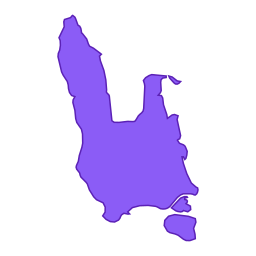 outline of Sanma
{"feature_id": "VUT-561", "entity_name": "Sanma", "entity_type": "Province", "adm_level": 1, "iso_a3": "VUT", "parent_name": "Vanuatu", "parent_adm1": "", "projection": "mercator", "projection_center": [166.941, -15.188], "detail": "fine", "context": "isolated", "style": "filled", "palette": "violet", "viewbox_px": 256, "rotation_deg": 0, "n_neighbors": 0, "source": "natural_earth", "source_scale": "10m", "svg_char_len": 2481}
<svg xmlns="http://www.w3.org/2000/svg" viewBox="0 0 256 256"><path d="M177.4,197.4L170.0,206.3L168.4,207.6L166.8,208.4L165.0,208.9L162.8,209.0L160.5,208.7L157.2,206.9L155.5,206.3L148.1,205.4L139.8,205.7L132.4,207.6L127.7,211.9L129.6,213.9L128.0,214.1L123.9,213.3L121.5,214.9L120.6,216.5L119.9,218.3L118.5,220.1L114.6,222.0L110.3,221.6L106.1,219.4L102.7,215.9L105.1,212.1L105.2,207.1L103.1,202.8L96.5,199.7L93.7,196.8L89.4,189.9L87.3,183.9L86.1,182.3L81.0,177.2L80.2,175.4L79.6,172.9L76.7,169.2L76.1,167.2L76.5,165.4L78.3,161.4L79.3,155.5L81.9,147.3L82.7,143.2L82.5,133.9L81.4,129.2L76.8,122.5L75.7,118.6L74.9,110.3L72.9,102.6L73.1,99.9L74.9,96.6L71.6,95.5L69.5,92.5L68.5,88.7L68.2,84.9L67.3,81.5L63.2,75.2L61.6,71.9L58.0,56.7L58.3,53.4L59.7,50.1L60.4,45.3L60.2,40.6L59.0,37.7L64.2,26.8L63.8,21.8L64.5,19.5L70.6,17.6L71.8,16.0L72.7,15.4L74.9,17.2L75.7,18.9L77.6,24.2L78.1,25.3L79.7,26.2L80.8,28.3L81.3,30.8L81.5,32.9L82.2,33.3L86.7,39.0L88.4,44.0L89.6,46.2L93.5,48.2L101.4,54.2L99.5,56.1L100.4,60.8L103.9,70.5L105.8,79.8L106.6,89.8L106.4,92.1L107.4,93.5L108.6,94.5L109.3,95.9L111.9,120.7L114.1,122.3L119.1,122.4L127.7,121.4L132.7,121.6L134.7,121.4L136.0,119.8L138.4,115.8L140.0,114.2L141.7,112.8L143.1,111.0L143.7,108.3L144.8,86.2L144.4,83.6L143.4,80.5L145.6,77.7L149.0,75.6L151.7,74.6L166.2,76.0L166.2,77.5L162.7,78.1L161.1,79.7L160.7,82.3L161.2,90.6L160.4,92.7L158.2,95.2L161.4,95.6L162.7,98.0L163.5,104.8L166.8,114.6L167.4,118.4L172.1,115.0L174.5,114.5L178.1,115.8L177.1,119.5L180.6,135.6L179.7,138.8L178.1,139.5L177.4,140.2L179.4,143.2L180.3,143.6L183.4,144.8L184.7,145.8L185.4,146.9L187.2,151.3L186.8,155.1L185.9,158.4L184.8,159.5L183.4,156.8L182.0,156.8L183.4,163.5L186.8,173.7L191.3,183.0L195.9,187.0L197.6,187.9L198.0,189.9L197.5,192.2L196.7,193.8L195.3,195.0L194.2,194.9L192.8,194.2L190.6,193.8L183.4,193.8L180.6,194.9L177.4,197.4ZM189.9,240.6L186.1,240.5L183.4,239.2L178.1,235.2L175.2,234.0L169.8,232.6L167.4,231.1L164.2,225.6L164.8,220.3L168.6,216.2L174.7,214.6L188.4,216.3L195.3,218.6L195.9,222.2L193.6,228.4L195.0,234.2L195.3,238.7L189.9,240.6ZM180.6,198.1L184.3,196.6L186.9,196.6L187.4,197.4L184.7,198.1L184.7,199.5L186.7,200.0L187.4,201.1L187.1,202.4L186.0,203.7L190.4,206.1L190.7,209.6L187.8,211.8L183.4,210.5L182.7,211.3L182.1,211.6L180.6,211.9L177.8,211.5L175.8,210.8L171.4,207.8L180.6,198.1ZM174.0,82.9L169.7,78.1L168.8,76.0L172.2,77.0L177.2,80.9L180.6,81.5L178.9,83.3L177.2,84.1L175.5,84.0L174.0,82.9Z" fill="#8b5cf6" stroke="#5b21b6" stroke-width="1.5"/></svg>